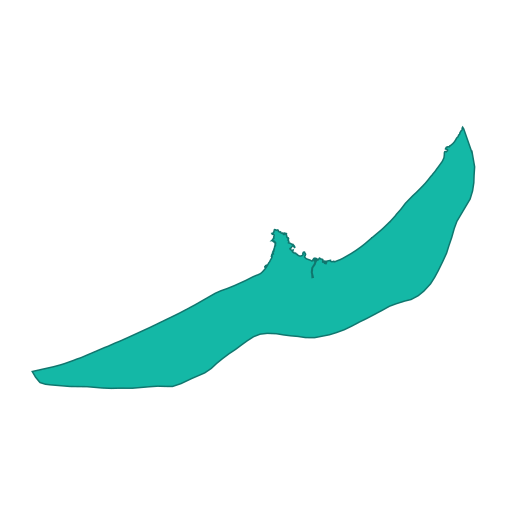 the district of Al Mukalla City, Hadramawt, Yemen, rotated 188°
{"feature_id": "15242507B50581943106199", "entity_name": "Al Mukalla City", "entity_type": "district", "adm_level": 2, "iso_a3": "YEM", "parent_name": "Yemen", "parent_adm1": "Hadramawt", "projection": "natural_earth1", "projection_center": [49.141, 14.533], "detail": "fine", "context": "isolated", "style": "filled", "palette": "teal", "viewbox_px": 512, "rotation_deg": 188, "n_neighbors": 0, "source": "geoboundaries", "source_scale": "gbopen_adm2", "svg_char_len": 5859}
<svg xmlns="http://www.w3.org/2000/svg" viewBox="0 0 512 512"><g transform="rotate(188 256 256)"><path d="M405.0,103.1L389.9,103.9L380.8,104.8L373.6,106.0L359.9,107.9L343.8,111.6L335.3,113.4L327.2,114.3L320.5,115.2L312.5,119.2L302.5,125.8L290.4,133.2L284.6,138.5L280.0,144.2L274.8,149.8L269.2,155.4L263.1,160.8L258.0,165.9L252.7,171.0L247.1,175.8L241.0,179.2L234.0,181.0L224.9,181.9L217.7,181.7L210.3,181.8L203.4,182.2L195.5,182.1L186.6,183.3L172.4,188.2L165.8,191.3L158.3,195.3L151.3,200.0L144.3,205.1L138.0,209.3L123.2,220.0L116.9,224.8L110.6,228.2L102.9,231.9L96.4,234.5L89.8,239.3L84.9,244.6L79.3,252.7L76.1,259.8L73.5,266.8L70.3,276.6L67.7,285.3L66.4,293.2L64.8,301.4L63.5,310.9L61.9,318.3L51.9,342.2L50.6,350.6L50.5,358.8L51.3,366.5L51.9,374.7L56.6,389.3L56.8,389.0L68.0,410.8L69.3,412.3L69.7,411.2L69.4,410.3L69.5,409.5L70.3,408.6L71.3,406.1L71.2,405.6L71.4,404.7L72.2,404.0L72.3,403.7L72.3,402.8L72.6,402.1L73.2,401.5L74.0,400.2L74.0,399.8L75.4,396.7L76.7,394.7L78.5,392.7L79.5,392.0L79.6,391.7L79.5,391.4L79.8,391.0L81.3,390.9L81.8,390.4L82.1,390.5L82.7,390.1L83.3,388.4L83.1,388.3L81.2,388.1L81.0,387.7L81.0,387.0L81.9,386.0L82.0,385.7L83.2,385.8L83.6,385.5L83.8,384.9L83.7,383.2L83.5,381.9L83.6,381.6L83.5,379.9L83.7,378.8L84.7,375.6L88.5,368.4L88.8,368.0L90.4,364.8L92.5,361.5L92.7,360.9L94.0,359.1L96.3,355.1L98.6,351.4L100.2,349.2L100.3,348.9L100.6,348.6L106.1,341.2L109.0,337.7L115.3,329.1L119.3,322.0L122.8,316.8L123.6,315.2L127.7,309.2L127.8,308.7L128.1,308.7L133.6,301.6L135.6,299.2L143.5,290.4L144.0,290.2L144.0,289.9L149.8,283.3L151.6,281.4L153.8,279.2L157.7,275.5L162.2,271.6L170.2,265.4L171.2,264.8L172.1,264.1L173.3,263.5L177.3,261.2L177.9,261.1L178.2,261.3L178.3,261.6L179.8,260.9L180.7,260.9L181.5,261.2L181.6,261.4L181.5,261.8L181.6,262.1L185.4,260.7L185.6,260.5L188.2,260.5L188.2,260.3L186.3,260.2L185.7,260.3L185.4,260.0L185.2,259.6L185.5,258.3L185.6,258.1L187.1,258.3L187.4,259.2L185.6,259.5L189.1,259.2L189.3,260.1L189.4,261.8L190.5,262.1L191.4,262.0L191.9,262.2L192.6,262.8L192.9,262.8L193.9,260.8L194.2,260.6L194.8,260.7L195.4,259.7L196.0,258.4L196.5,255.7L198.1,252.8L198.4,251.7L198.2,249.8L198.2,247.5L196.4,242.9L197.4,242.5L198.0,245.4L198.8,247.7L198.9,251.6L198.8,252.3L197.0,256.1L196.6,258.6L195.6,260.8L195.8,260.8L196.0,260.5L195.9,260.2L196.6,259.1L197.2,259.1L197.6,259.2L197.7,259.4L197.5,260.1L196.8,261.0L196.4,261.0L195.8,261.5L195.6,261.2L195.5,260.9L195.2,261.6L195.7,261.9L196.2,261.9L197.3,262.1L198.2,261.8L199.0,260.5L199.4,259.2L199.7,258.9L200.2,258.8L201.2,259.3L205.9,260.3L207.8,261.7L207.7,262.6L207.3,263.1L207.4,263.3L207.3,263.6L207.2,264.4L207.1,264.7L207.9,265.7L208.4,266.1L208.4,266.5L208.6,266.6L208.9,266.7L209.7,266.2L210.0,264.9L209.7,264.2L209.6,263.9L210.1,263.2L210.6,262.7L212.0,262.1L212.8,262.0L214.4,262.5L215.1,262.9L215.2,263.2L215.5,263.1L216.8,263.9L216.9,264.2L217.2,264.4L217.4,264.3L217.6,264.1L219.0,264.4L219.1,264.7L219.4,264.6L219.9,264.9L220.2,265.0L220.2,265.3L220.5,265.5L219.8,267.8L220.0,267.6L220.6,265.9L222.4,267.1L222.8,267.7L223.1,267.5L223.4,268.0L223.2,268.3L222.8,268.2L222.7,268.4L221.1,271.4L219.7,270.4L219.5,270.7L219.1,269.8L218.8,270.0L218.9,270.4L219.5,271.2L221.1,272.7L222.3,272.6L222.5,272.8L223.5,273.2L224.0,273.4L224.8,273.3L225.1,273.6L225.7,273.6L225.7,274.7L225.5,274.8L226.2,276.3L226.3,276.6L226.2,276.7L226.5,276.6L226.3,277.2L226.2,277.3L226.2,277.9L226.4,278.1L226.8,278.1L226.8,278.5L227.3,278.5L227.5,278.5L228.0,278.8L228.0,279.4L228.4,279.7L228.4,280.3L228.6,280.5L228.8,281.1L229.1,281.3L228.9,282.3L229.5,282.6L229.9,282.4L230.7,282.7L230.8,282.3L230.7,282.1L230.7,281.6L231.0,281.2L231.6,281.1L232.1,281.5L232.2,282.4L232.9,282.5L233.6,282.1L234.7,282.5L234.8,283.1L235.4,283.4L236.1,283.0L236.8,283.3L237.2,283.5L237.2,284.0L237.5,284.5L237.7,284.4L238.1,284.7L238.6,284.8L239.1,284.4L239.7,284.2L240.2,284.7L240.6,284.6L241.0,284.8L241.3,284.8L241.5,284.5L241.4,284.2L241.6,283.8L241.5,283.3L241.6,282.7L241.8,282.3L241.7,282.2L241.8,281.7L242.5,281.0L242.5,280.7L242.7,280.9L243.4,280.6L243.0,280.2L242.9,279.9L242.7,280.0L242.2,279.7L241.5,279.8L241.0,279.3L240.8,278.7L241.2,277.1L240.7,276.4L240.8,275.9L240.9,275.7L241.2,275.7L241.6,275.2L241.8,274.5L242.5,273.6L242.2,273.7L242.1,274.0L242.0,273.3L241.7,273.2L241.6,273.5L241.3,273.3L241.2,273.5L241.2,273.3L240.9,272.9L240.7,273.3L240.4,273.4L239.8,273.0L239.7,272.7L239.8,272.4L239.5,272.3L239.6,272.2L239.2,271.9L238.9,272.2L238.7,271.9L238.6,271.6L238.3,271.5L238.5,270.7L238.8,270.8L238.9,270.5L238.4,270.1L238.2,269.1L238.4,269.0L238.4,268.8L238.7,268.8L238.8,268.6L238.9,266.4L239.1,265.8L238.9,265.5L239.2,265.1L239.0,264.6L239.1,264.3L239.2,263.9L239.4,263.9L239.5,263.4L239.4,263.3L239.3,263.8L239.1,263.7L239.1,263.4L239.1,262.8L239.3,262.7L239.6,263.0L239.4,263.3L239.6,263.4L239.9,262.4L239.7,261.7L240.0,261.1L239.8,261.4L239.6,261.0L239.2,260.8L239.1,260.5L239.8,260.4L239.9,260.8L240.0,260.8L239.9,260.5L240.2,260.2L240.2,258.9L240.5,258.1L240.1,258.2L240.0,257.6L240.3,257.5L240.6,257.9L240.6,257.7L240.2,257.0L240.2,256.2L241.3,253.6L241.3,253.3L241.8,251.9L242.3,251.2L243.3,248.6L243.5,248.6L243.4,248.4L243.7,247.8L244.0,247.6L244.7,248.0L244.9,248.0L245.4,247.6L245.1,247.8L244.7,247.9L243.8,247.4L244.3,246.1L244.6,245.8L244.8,245.7L245.6,246.2L245.7,246.5L245.5,246.9L245.6,247.0L245.7,246.9L245.8,246.7L245.7,246.2L245.1,245.7L244.9,245.0L245.4,244.3L245.5,243.9L246.2,243.1L246.7,242.0L247.0,241.9L247.6,240.9L249.1,239.2L252.0,237.3L252.6,237.1L256.1,235.0L262.8,230.3L273.2,223.7L280.1,219.7L285.9,216.7L291.2,213.4L309.9,198.9L323.8,188.8L351.2,170.4L371.2,157.6L379.5,152.4L383.4,150.2L390.0,146.0L393.0,144.4L415.6,130.7L419.1,129.0L422.2,127.2L430.4,122.9L434.4,121.0L441.2,118.1L461.5,110.5L457.5,105.4L453.4,101.6L452.2,100.6L446.7,99.7L441.8,99.8L422.1,100.9L405.0,103.1Z" fill="#14b8a6" stroke="#0f766e" stroke-width="1.5"/></g></svg>